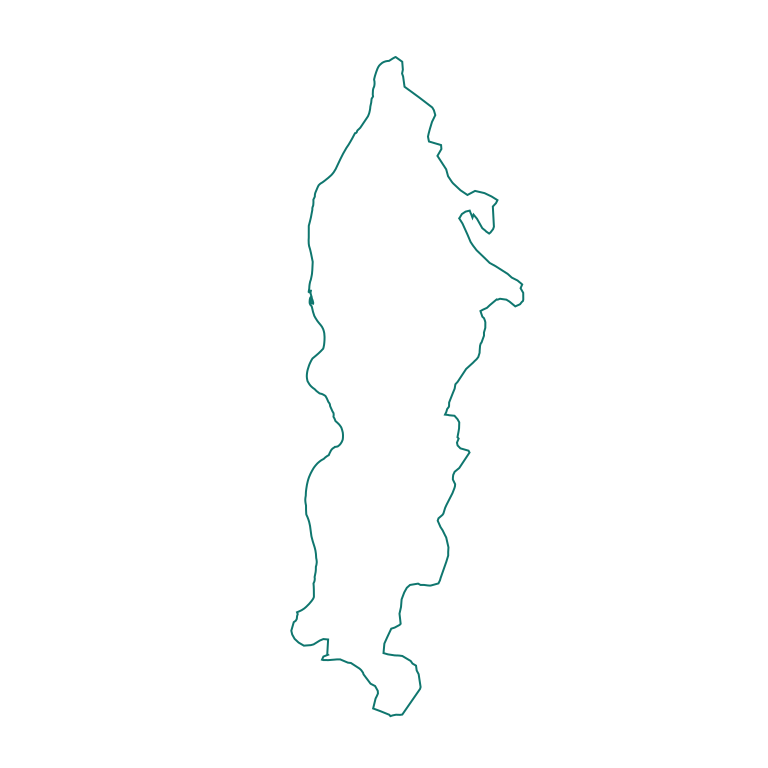 Zifta, Al Gharbiyah, Egypt, rotated 196°
{"feature_id": "37247803B22072181231059", "entity_name": "Zifta", "entity_type": "district", "adm_level": 2, "iso_a3": "EGY", "parent_name": "Egypt", "parent_adm1": "Al Gharbiyah", "projection": "orthographic", "projection_center": [31.231, 30.728], "detail": "fine", "context": "isolated", "style": "outline", "palette": "teal", "viewbox_px": 768, "rotation_deg": 196, "n_neighbors": 0, "source": "geoboundaries", "source_scale": "gbopen_adm2", "svg_char_len": 6151}
<svg xmlns="http://www.w3.org/2000/svg" viewBox="0 0 768 768"><g transform="rotate(196 384 384)"><path d="M325.6,592.0L332.3,593.9L340.0,595.2L349.7,594.7L355.9,588.7L363.9,591.3L372.9,595.9L374.5,597.0L379.7,601.4L383.4,607.5L395.5,618.0L393.6,625.7L395.0,629.4L407.6,629.5L408.1,630.4L409.9,633.9L410.1,637.0L410.2,641.9L410.1,649.2L408.8,656.6L411.5,660.9L413.8,663.1L429.3,669.2L446.2,675.4L450.4,684.9L452.2,687.4L452.5,691.3L455.3,698.8L462.9,701.5L463.5,701.1L465.3,699.3L468.2,696.0L469.8,695.4L471.4,694.6L472.8,693.6L474.1,692.4L474.6,691.7L475.6,690.2L476.4,688.7L476.9,687.0L477.2,685.3L477.5,681.5L477.6,677.6L477.5,674.5L477.4,673.8L476.5,672.1L475.8,669.9L475.5,667.9L475.5,666.9L475.7,665.5L475.7,664.8L475.6,663.4L474.7,659.6L474.5,658.9L473.8,657.5L474.0,656.5L474.4,655.3L474.5,654.6L473.9,651.2L473.6,646.9L473.2,644.8L473.0,642.9L472.9,641.0L472.9,639.7L473.2,636.9L477.4,623.9L478.2,622.4L479.2,620.8L479.5,620.1L479.6,619.3L479.6,618.5L480.0,617.7L480.5,617.3L481.0,617.1L481.2,616.2L482.1,611.9L483.0,608.1L484.0,604.3L485.2,600.6L486.8,594.1L487.9,588.3L488.8,582.8L489.7,577.3L490.2,575.5L490.7,573.7L491.4,572.0L492.2,570.3L494.4,566.8L497.4,562.6L498.8,560.8L500.1,559.4L500.7,558.6L501.6,557.0L502.0,554.9L502.7,549.1L502.7,547.7L502.5,546.3L502.2,545.5L502.2,544.6L502.7,541.8L501.9,539.2L501.3,536.4L501.3,535.3L501.4,534.7L501.4,533.9L501.3,533.1L500.9,531.7L500.5,527.3L500.2,524.3L500.0,519.9L499.9,515.3L496.6,503.7L496.1,501.5L495.0,498.1L494.0,495.9L492.2,493.1L490.4,489.9L486.2,481.8L484.3,473.7L483.6,470.1L483.4,468.3L483.2,465.7L483.1,464.2L483.2,462.0L483.0,459.4L482.7,457.5L482.2,455.3L481.8,451.8L481.1,451.5L480.6,451.9L480.8,452.7L480.7,453.4L480.0,453.5L479.8,451.4L478.8,449.6L478.0,448.4L477.6,447.8L476.9,446.3L475.8,444.9L475.3,444.1L474.4,442.5L474.3,441.7L476.3,441.6L476.7,442.2L477.2,443.6L477.6,445.3L477.7,446.3L478.0,446.9L478.5,447.0L478.7,446.2L478.6,444.6L478.1,442.3L477.7,441.2L477.4,440.8L476.7,439.9L476.3,439.6L475.1,438.9L474.4,437.9L472.2,433.9L469.8,430.3L468.0,428.5L465.5,426.3L463.6,424.9L460.8,423.0L459.3,421.8L458.0,420.4L457.4,419.7L456.3,418.0L455.4,416.3L454.1,412.8L453.3,409.8L452.8,407.4L452.4,405.1L452.2,402.7L452.2,401.2L453.8,398.1L455.5,395.2L457.4,392.3L459.8,388.8L460.4,386.5L460.8,384.3L461.1,382.2L461.2,380.8L461.3,376.7L461.2,375.0L461.0,373.3L460.7,371.6L460.3,370.0L459.7,368.4L458.7,366.4L458.3,365.7L457.8,365.2L455.9,363.4L454.6,362.4L453.3,361.6L451.4,360.7L449.2,359.9L446.9,358.6L444.1,357.5L443.3,357.2L441.0,357.3L439.2,357.0L437.4,356.5L436.8,356.2L435.0,354.4L432.5,351.4L431.5,350.7L430.7,349.9L430.1,348.9L429.8,348.1L429.2,347.3L426.0,343.5L424.5,342.1L423.8,340.3L423.6,338.8L423.3,338.3L422.1,337.2L421.5,336.4L420.4,335.0L418.1,333.9L415.9,332.7L413.8,331.1L412.9,330.2L411.6,328.3L410.2,325.9L409.3,323.5L408.7,321.2L408.4,319.5L408.4,318.7L408.6,317.0L408.8,316.1L409.3,314.5L410.0,313.0L411.3,311.2L413.1,310.3L413.9,310.0L414.2,309.4L414.7,308.9L415.6,307.8L416.3,306.5L416.7,305.2L417.2,302.6L417.5,300.3L418.5,299.4L419.7,297.9L420.3,297.1L421.2,295.5L423.2,293.5L424.6,291.7L426.1,289.4L427.3,286.9L428.1,284.9L428.6,283.4L429.4,280.1L429.9,277.6L430.4,273.8L430.5,271.4L430.5,269.8L430.3,265.9L429.8,261.8L429.3,258.7L428.4,255.0L428.2,253.2L427.9,251.5L427.4,249.9L426.8,248.4L426.1,246.9L425.5,245.8L424.2,241.4L422.9,237.6L422.6,237.0L420.9,235.0L419.4,233.0L418.0,230.9L416.8,228.7L415.9,227.0L412.0,218.1L411.6,217.3L409.1,213.1L405.6,207.8L404.0,205.0L402.6,201.9L401.2,198.0L400.5,196.7L399.8,195.0L399.5,194.1L399.2,192.2L399.1,191.3L399.1,189.5L398.3,186.6L397.9,184.4L397.7,182.1L397.5,179.3L396.9,177.9L396.6,176.5L396.5,175.0L396.6,174.2L396.8,172.9L395.7,169.9L394.7,166.8L392.8,160.4L392.7,159.6L392.8,158.8L392.9,158.1L393.7,155.7L395.4,151.9L397.4,148.3L398.8,146.2L400.8,143.9L402.7,142.2L404.7,140.6L403.5,139.0L403.6,137.1L403.1,134.1L403.6,132.1L405.1,130.2L405.1,121.3L403.2,117.9L399.7,114.4L394.8,111.9L388.9,110.4L382.4,112.8L379.9,114.3L375.0,119.7L372.0,122.1L367.3,123.0L364.1,108.8L363.2,108.3L367.1,105.3L367.6,101.9L366.2,101.9L361.2,103.3L353.3,106.3L350.3,107.2L341.9,106.2L338.9,106.7L329.1,103.7L327.1,102.7L324.6,100.7L323.6,99.2L314.3,92.2L309.3,91.2L305.4,87.3L304.5,84.8L304.9,81.9L305.4,79.4L305.0,69.1L297.1,68.5L287.7,67.5L286.3,66.5L284.2,67.9L281.3,69.4L277.3,70.4L275.3,71.3L265.3,100.8L265.3,102.8L270.7,114.6L273.6,117.6L275.6,122.1L279.5,123.1L282.0,125.1L291.4,127.6L294.8,127.1L298.8,126.1L305.7,125.2L310.3,125.2L312.1,134.6L311.1,141.5L309.6,150.8L306.6,152.8L302.6,156.7L301.9,158.1L305.8,167.5L306.2,174.4L307.7,181.8L307.1,189.2L305.9,194.4L303.6,198.0L296.2,201.5L293.5,200.9L290.0,201.9L286.6,202.4L284.1,202.9L283.1,203.4L276.7,207.3L276.1,210.7L276.1,213.2L275.1,230.4L275.0,236.8L276.0,240.2L277.0,244.7L281.9,253.6L283.8,255.6L287.3,259.5L290.2,262.0L294.7,267.4L294.6,269.9L291.7,274.3L291.2,275.8L291.1,281.7L290.6,285.1L288.1,297.9L287.6,303.4L287.6,305.3L288.0,307.3L291.5,311.2L292.0,313.2L292.4,315.7L291.9,319.1L288.5,324.0L282.9,341.7L284.4,343.2L292.8,343.2L296.3,345.2L297.7,347.7L297.2,352.1L298.7,353.1L299.2,358.5L299.6,362.0L301.1,367.9L303.6,370.4L307.5,372.9L312.9,371.9L313.9,371.9L316.9,371.4L316.4,374.4L316.4,377.3L315.4,379.8L315.4,380.8L316.3,384.2L315.3,394.6L314.8,399.0L315.3,403.4L313.8,406.4L309.2,421.1L304.3,429.0L303.3,430.9L301.8,433.4L300.8,435.9L300.7,440.3L301.2,442.3L302.2,447.2L302.2,449.7L301.7,450.6L301.2,458.0L302.1,461.0L302.1,465.9L303.6,471.3L304.5,472.8L306.0,474.8L308.0,475.8L311.4,480.7L309.4,482.7L306.0,485.6L304.0,489.0L299.0,496.4L298.0,496.4L296.0,497.9L289.6,498.8L286.1,497.8L279.2,494.8L276.2,497.3L275.2,498.2L274.2,500.7L273.3,502.2L273.4,503.6L275.3,510.0L279.1,513.7L278.6,517.8L284.2,520.3L290.5,521.5L295.4,523.9L309.2,528.0L315.8,529.5L320.0,531.8L331.9,538.1L336.6,541.6L339.9,544.4L344.9,550.6L352.8,559.9L357.4,564.0L357.1,564.6L356.0,568.8L353.1,572.2L349.4,574.3L347.7,572.0L347.2,571.5L344.8,568.3L344.6,571.5L340.2,568.5L332.5,560.9L328.7,559.3L328.0,558.8L324.4,557.6L323.4,559.0L321.8,563.0L321.7,565.5L328.3,584.6L326.2,588.7L325.6,592.0Z" fill="none" stroke="#0f766e" stroke-width="2"/></g></svg>